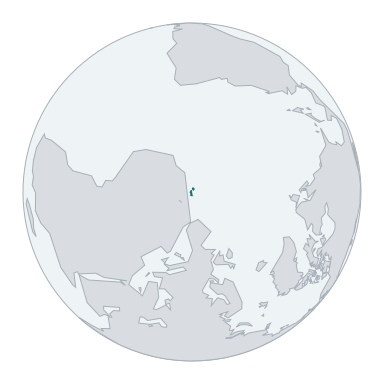 globe centered on Las Palmas, rotated 140°
{"feature_id": "ESP-5829", "entity_name": "Las Palmas", "entity_type": "Autonomous Community", "adm_level": 1, "iso_a3": "ESP", "parent_name": "Spain", "parent_adm1": "", "projection": "orthographic", "projection_center": [-14.437, 28.512], "detail": "fine", "context": "on_globe", "style": "filled", "palette": "teal", "viewbox_px": 384, "rotation_deg": 140, "n_neighbors": 0, "source": "natural_earth", "source_scale": "10m", "svg_char_len": 10278}
<svg xmlns="http://www.w3.org/2000/svg" viewBox="0 0 384 384"><g transform="rotate(140 192 192)"><circle cx="192" cy="192" r="169" fill="#eef3f6" stroke="#a8b0b8"/><path d="M139.5,31.4L137.8,32.0L139.0,31.8L144.8,29.8L147.3,29.2L151.6,28.1L154.0,27.7L150.6,29.2L152.1,29.1L156.1,27.8L161.1,26.9L155.0,28.8L163.1,27.7L158.9,31.0L140.5,38.1L140.3,41.2L127.2,52.5L130.6,51.8L127.8,56.3L130.7,57.3L127.5,59.5L132.6,58.4L135.0,56.2L138.1,55.1L140.0,55.6L136.2,58.4L134.7,58.6L134.6,59.7L131.8,61.0L134.3,60.7L129.4,64.3L137.0,61.6L135.5,65.3L131.5,67.5L128.3,66.1L111.1,69.2L106.1,71.9L102.2,76.6L102.6,87.5L98.5,91.3L95.7,97.3L99.6,95.5L103.2,90.3L109.7,89.0L113.3,83.3L116.5,82.1L121.7,77.1L124.7,79.4L124.9,84.4L120.8,88.7L120.7,91.2L127.8,88.6L123.1,98.7L125.3,109.2L123.6,112.0L114.8,114.0L106.9,109.7L95.4,114.1L106.7,113.0L102.4,120.6L103.4,122.8L105.9,123.6L109.0,121.6L108.4,124.8L96.9,126.6L97.3,123.7L101.0,123.0L97.2,121.2L89.5,123.3L87.9,127.5L77.9,127.7L76.6,130.8L73.7,132.8L76.4,127.7L71.4,137.2L59.4,141.6L52.4,158.5L55.1,142.6L53.4,138.4L50.8,135.3L49.5,137.9L47.8,131.3L43.1,132.5L36.9,143.8L33.9,155.4L36.2,161.2L39.1,157.2L42.0,159.9L35.4,172.1L39.9,180.8L36.8,191.3L37.5,198.9L40.9,200.6L44.0,206.6L47.7,202.5L53.1,202.6L51.7,211.7L55.9,205.4L58.0,211.7L69.7,218.0L68.4,219.6L78.0,235.5L90.9,245.5L93.8,253.1L92.1,256.5L97.1,259.3L97.2,261.9L119.2,272.1L132.3,281.2L133.0,289.7L124.4,297.2L122.0,314.4L108.0,315.7L108.1,321.6L103.6,327.3L94.6,323.0L101.0,328.8L99.1,329.5L94.3,327.2L96.8,329.9L93.4,328.1L98.1,331.4L97.7,332.1L103.7,336.0L103.8,336.1L86.9,324.3L85.8,323.4L85.6,323.2L84.8,322.6L76.4,314.6L72.4,308.7L60.6,284.9L56.7,278.2L48.2,266.7L37.6,239.4L38.6,232.5L37.1,226.9L42.2,219.0L42.1,205.8L40.6,202.5L38.3,205.3L34.4,192.0L34.7,180.7L31.6,146.7L33.2,140.0L36.3,132.5L50.7,101.5L37.3,127.1L39.9,120.0L45.0,109.8L45.7,109.0L53.9,96.0L58.4,89.2L70.9,75.0L86.3,62.7L82.7,66.1L86.8,63.2L91.6,59.0L93.8,57.0L114.4,44.9L131.6,35.7L133.2,34.2L135.8,33.8L136.4,32.4L139.5,31.4ZM49.8,163.7L55.1,178.6L50.0,175.6L51.4,174.9L50.5,169.9L48.1,163.5L44.2,161.6L49.8,163.7ZM56.9,157.9L55.8,156.0L57.2,157.2L56.9,157.9ZM94.3,56.3L91.4,59.0L86.2,63.3L88.3,61.0L94.3,56.3ZM104.7,49.2L104.0,50.0L99.5,52.5L101.3,51.2L104.7,49.2ZM133.9,33.5L131.1,34.7L132.9,33.8L133.9,33.5ZM151.7,28.0L153.9,27.4L151.7,28.0ZM119.6,76.3L120.6,76.7L119.1,77.4L119.6,76.3ZM120.9,73.9L118.5,74.4L118.8,73.4L120.3,73.1L120.9,73.9ZM159.7,26.5L163.2,25.9L159.0,26.7L159.7,26.5ZM123.9,73.6L119.6,71.5L120.1,69.7L126.2,67.2L123.9,73.6ZM164.9,25.8L173.4,24.8L174.2,24.4L176.9,25.4L168.7,25.6L163.4,26.5L165.8,25.9L164.9,25.8ZM134.9,55.3L132.5,57.7L132.7,55.3L134.9,55.3ZM134.4,54.1L130.9,49.3L135.6,46.3L135.8,48.4L140.4,44.6L144.3,45.5L142.7,47.8L138.9,49.4L143.3,48.6L134.4,54.1ZM177.0,26.3L178.6,26.5L176.3,26.6L177.0,26.3ZM139.3,54.5L138.2,53.6L142.2,51.0L145.1,52.2L142.9,52.6L139.3,54.5ZM139.6,43.3L143.1,41.7L147.2,41.9L149.2,41.4L144.8,45.3L139.6,43.3ZM143.0,53.5L146.5,53.0L146.4,54.8L140.7,55.2L143.0,53.5ZM141.9,49.8L143.9,48.7L143.8,49.7L141.9,49.8ZM148.0,61.4L146.6,60.1L148.5,58.6L148.0,61.4ZM147.8,52.7L147.9,52.1L148.5,51.4L150.7,51.5L147.8,52.7ZM148.1,45.3L149.1,45.8L150.1,43.7L153.2,44.1L149.8,46.6L152.6,45.7L153.6,45.8L149.6,47.8L148.1,45.3ZM154.8,49.6L151.5,53.5L153.7,56.0L152.0,57.4L148.8,53.1L154.8,49.6ZM152.1,48.4L153.4,49.4L150.7,50.4L148.1,50.4L152.1,48.4ZM156.6,43.5L152.7,42.2L153.5,41.8L156.6,43.5ZM156.0,50.1L156.7,49.2L156.4,50.2L156.0,50.1ZM157.0,45.2L155.5,44.8L156.6,44.2L157.0,45.2ZM159.6,47.9L158.5,49.1L156.7,49.0L159.6,47.9ZM158.8,46.5L160.6,45.8L156.7,48.2L158.0,46.4L158.8,46.5ZM158.3,44.7L158.4,44.3L158.7,45.0L158.3,44.7ZM166.9,47.8L162.4,50.9L158.5,50.5L163.4,47.6L166.9,47.8ZM116.2,343.0L118.1,343.9L119.9,344.8L118.8,344.3L117.3,343.6L116.2,343.0ZM196.3,23.1L193.5,23.1L197.1,23.1L200.4,23.3L200.7,23.3L204.4,23.5L205.1,23.5L216.9,24.9L228.6,27.1L240.1,30.0L251.4,33.8L262.4,38.4L273.0,43.7L283.2,49.8L293.0,56.6L302.3,64.0L311.0,72.1L319.2,80.7L326.7,90.0L333.5,99.7L339.7,109.9L345.1,120.5L346.1,122.7L353.9,144.9L357.7,159.4L359.2,168.7L354.3,153.8L349.2,141.8L349.2,145.8L342.6,139.9L336.6,150.2L334.1,147.7L333.3,151.5L328.4,151.7L323.9,147.4L321.7,150.2L333.2,161.3L335.4,158.4L334.9,149.8L337.9,154.6L342.4,155.9L343.4,174.7L331.7,201.3L327.8,191.1L304.6,168.8L303.8,165.0L303.6,164.6L303.1,164.0L303.8,170.6L298.9,165.9L314.3,183.1L318.0,191.8L331.6,202.2L331.0,204.6L334.5,205.9L342.4,193.7L343.1,197.5L341.0,218.6L327.6,251.8L327.8,265.3L324.2,278.1L312.4,291.8L309.9,300.1L303.3,306.0L300.6,310.9L293.3,318.0L282.5,326.0L267.8,331.4L269.6,327.7L266.4,322.0L263.1,304.0L269.8,292.6L269.6,284.7L258.6,269.0L261.2,257.5L257.6,253.7L250.6,256.4L246.0,251.7L241.5,252.4L211.0,260.6L200.0,254.2L182.9,232.1L187.2,222.5L185.1,211.4L212.3,170.0L221.3,170.9L246.5,160.5L250.2,161.1L250.8,170.3L272.6,175.2L275.4,166.3L291.6,166.2L300.0,161.7L296.7,144.4L282.8,151.4L276.9,144.9L285.2,132.8L296.8,127.3L294.9,124.7L284.6,122.2L284.2,115.5L280.7,121.0L284.4,122.8L282.2,126.5L278.7,125.2L278.7,122.7L274.4,123.2L275.4,135.6L279.3,138.8L269.7,145.2L275.2,151.3L273.7,155.8L263.8,147.2L262.5,143.1L246.6,135.6L247.1,140.3L262.2,148.0L258.8,148.1L259.7,155.4L256.4,150.0L239.8,141.1L229.2,146.8L220.8,166.5L213.5,169.3L205.0,167.1L202.9,149.4L219.4,145.3L218.9,139.7L211.1,133.0L216.8,132.5L215.6,129.5L221.4,127.8L225.3,119.0L230.5,116.9L227.8,107.6L230.1,105.5L231.1,111.4L234.6,114.7L247.1,110.1L248.3,107.5L245.5,102.0L249.3,101.8L245.0,97.1L250.2,92.6L240.3,94.5L236.8,88.9L237.5,83.4L234.6,82.1L233.3,91.2L234.4,94.7L238.2,97.0L239.6,107.6L236.2,110.6L228.0,101.3L222.3,104.8L218.4,96.7L224.3,75.8L228.9,70.6L245.4,72.4L246.8,76.2L241.5,77.3L250.2,80.9L247.7,78.3L250.8,78.4L248.3,73.6L250.4,73.4L244.3,69.5L246.6,68.7L250.4,71.3L248.6,64.4L252.2,62.1L250.8,60.7L248.2,59.8L254.6,57.9L253.2,57.0L250.6,57.2L246.3,55.6L241.0,52.3L243.5,51.8L245.8,52.9L254.1,54.9L259.7,58.5L260.2,58.0L255.9,54.8L245.7,52.4L241.9,50.5L246.6,51.1L244.6,50.8L243.4,49.7L244.6,48.4L239.4,47.6L223.6,38.7L224.3,35.7L230.3,36.9L221.8,31.8L223.3,29.9L220.9,29.9L215.3,28.1L214.7,28.6L213.1,28.6L198.3,25.5L196.8,24.8L187.7,24.4L186.5,24.6L187.1,25.0L176.9,25.4L174.2,24.4L177.1,24.0L173.4,24.1L180.7,23.4L181.6,23.4L196.3,23.1ZM206.9,190.7L207.0,194.1L206.9,190.7ZM312.0,129.8L317.1,125.9L309.9,118.3L311.3,116.3L308.3,114.7L309.4,117.8L301.4,112.9L301.9,108.3L298.7,104.8L296.9,106.0L297.3,115.5L308.7,122.2L309.6,127.2L312.0,129.8ZM70.1,218.1L71.3,220.6L69.3,219.6L70.1,218.1ZM48.2,178.8L49.8,180.5L50.3,182.7L48.9,182.0L48.2,178.8ZM64.6,191.2L67.0,193.6L64.1,192.7L64.6,191.2ZM56.2,180.8L62.7,189.7L57.0,189.0L53.1,183.5L56.4,185.1L56.2,180.8ZM53.9,162.4L54.7,164.1L53.7,165.4L53.9,162.4ZM57.9,158.8L57.4,158.6L57.5,156.7L57.9,158.8ZM103.1,120.5L104.0,120.4L106.1,121.9L104.1,122.4L103.1,120.5ZM121.0,122.1L119.6,127.3L119.3,123.8L116.3,125.2L111.9,120.1L122.6,113.1L118.5,117.0L121.0,122.1ZM109.1,111.9L110.6,115.5L108.5,111.8L109.1,111.9ZM203.5,116.0L206.9,117.3L206.8,121.0L200.1,125.0L200.2,119.4L203.5,116.0ZM211.8,118.4L205.5,108.8L209.4,106.4L208.3,109.3L211.5,108.6L210.6,113.2L220.4,120.7L220.9,124.7L208.3,129.1L212.1,125.3L208.6,124.0L211.8,118.4ZM182.7,92.7L180.0,89.6L191.9,88.1L193.0,91.2L186.5,95.0L181.3,93.6L182.7,92.7ZM135.4,70.0L133.7,69.7L134.7,68.8L137.1,68.3L135.4,70.0ZM147.2,60.9L144.3,70.7L142.2,70.7L143.1,76.9L137.7,79.6L137.3,75.4L133.8,82.4L131.3,79.6L129.6,84.5L129.2,74.8L126.7,73.0L131.5,73.9L136.5,71.5L138.0,69.8L140.3,64.1L137.5,59.5L142.0,56.7L146.0,55.9L147.3,56.6L144.0,58.1L148.2,58.0L144.3,60.7L147.2,60.9ZM189.6,54.9L185.1,55.3L193.0,57.4L189.2,59.4L190.3,59.5L189.0,62.1L189.3,65.5L187.1,66.1L188.2,67.2L187.3,69.0L188.1,70.8L184.3,72.7L184.9,75.1L182.8,74.6L184.9,78.4L181.6,76.5L180.2,79.0L184.1,79.5L161.9,87.2L155.1,92.7L151.2,98.5L146.2,95.0L146.6,87.5L150.3,79.3L157.6,74.8L154.0,74.3L156.4,72.1L158.2,73.4L156.8,70.1L159.3,68.7L162.6,62.7L159.0,59.3L160.2,57.2L162.8,57.9L162.0,55.4L167.7,55.4L168.7,54.0L175.2,52.8L179.7,55.2L180.4,53.5L185.4,52.8L189.6,54.9ZM168.8,47.5L175.0,49.5L176.0,51.8L164.2,53.0L162.6,54.3L155.1,55.6L153.8,52.5L156.1,52.4L158.0,51.5L157.6,52.8L159.3,51.2L162.5,51.0L164.7,49.8L166.2,50.7L168.8,47.5ZM252.4,156.9L254.8,156.5L258.3,155.0L258.9,159.8L252.4,156.9ZM241.0,150.9L243.0,149.8L245.5,155.3L242.9,155.8L241.0,150.9ZM241.9,144.7L242.9,149.3L240.8,147.1L241.9,144.7ZM232.7,110.2L234.5,108.9L235.5,110.0L235.5,112.3L232.7,110.2ZM212.2,63.1L209.4,62.6L209.5,61.9L204.8,59.1L207.2,57.7L211.0,58.8L212.2,63.1ZM295.6,148.4L294.4,152.7L292.6,151.9L293.4,150.5L295.6,148.4ZM276.7,156.9L282.1,157.0L276.8,158.2L276.7,156.9ZM214.1,61.1L211.8,60.0L214.4,60.0L214.1,61.1ZM208.8,56.5L211.5,56.1L207.0,57.2L208.8,56.5ZM339.6,264.0L326.7,289.5L322.5,292.9L324.3,287.7L330.9,273.5L336.6,265.9L340.1,258.0L339.6,264.0ZM358.6,163.6L357.9,160.3L358.2,161.9L358.6,163.6ZM231.9,50.3L235.7,55.5L240.0,58.9L245.0,60.1L239.6,61.0L232.9,55.6L231.9,50.3ZM224.3,40.0L219.9,39.4L220.7,38.6L221.8,38.6L224.3,40.0ZM222.5,40.4L219.3,42.0L216.1,41.0L219.3,39.9L222.5,40.4ZM216.9,50.8L217.9,52.3L215.7,52.3L216.9,50.8ZM179.5,26.1L178.6,26.4L178.2,26.1L179.5,26.1ZM213.0,28.9L210.7,28.8L210.2,28.3L213.0,28.9ZM204.3,28.3L206.4,29.0L203.1,28.5L204.3,28.3ZM211.3,30.7L206.7,29.4L212.6,30.4L211.3,30.7Z" fill="#d9dde1" stroke="#a8b0b8" stroke-width="1"/><path d="M193.2,191.3L193.3,191.3L193.5,191.3L193.6,191.5L193.6,191.9L193.5,192.1L193.5,192.3L193.5,192.5L193.4,192.5L193.3,192.8L193.2,192.8L192.9,192.9L192.7,193.0L192.4,193.2L192.4,193.3L192.2,193.4L191.8,193.3L191.8,193.2L192.0,193.2L192.4,193.0L192.5,192.9L192.6,192.6L192.8,192.3L192.8,192.2L192.9,191.9L193.0,191.8L193.1,191.6L193.1,191.4L193.2,191.3ZM189.5,193.4L189.6,193.5L189.5,193.8L189.5,194.0L189.4,194.1L189.2,194.2L189.1,194.3L189.0,194.2L188.9,194.2L188.7,194.2L188.5,193.9L188.4,193.8L188.4,193.7L188.5,193.4L188.7,193.2L188.8,193.0L189.0,193.1L189.3,193.1L189.5,193.0L189.5,193.3L189.5,193.4ZM194.5,189.8L194.6,190.0L194.5,190.3L194.5,190.5L194.4,190.6L194.2,190.7L194.1,190.8L193.9,190.8L193.7,191.0L193.5,190.9L193.4,190.9L193.5,190.9L193.5,190.7L193.6,190.4L193.8,190.3L194.0,190.2L194.3,190.2L194.4,189.9L194.5,189.8ZM194.4,189.7L194.5,189.8L194.4,189.8L194.4,189.7L194.4,189.7Z" fill="#14b8a6" stroke="#0f766e" stroke-width="1.5"/></g></svg>